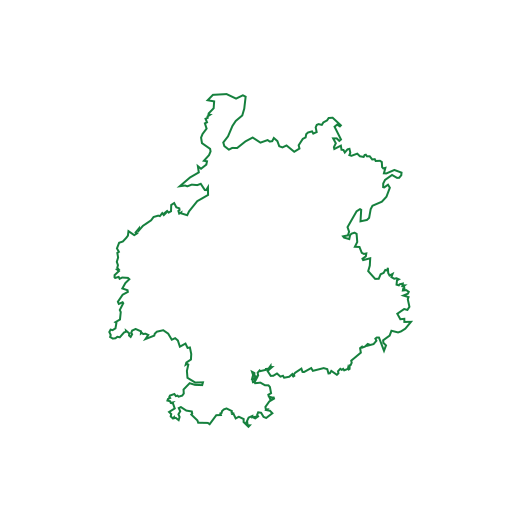 the district of Jessore, Khulna, Bangladesh, rotated 232°
{"feature_id": "16705992B28022870637862", "entity_name": "Jessore", "entity_type": "district", "adm_level": 2, "iso_a3": "BGD", "parent_name": "Bangladesh", "parent_adm1": "Khulna", "projection": "equal_earth", "projection_center": [89.196, 23.085], "detail": "fine", "context": "isolated", "style": "outline", "palette": "green", "viewbox_px": 512, "rotation_deg": 232, "n_neighbors": 0, "source": "geoboundaries", "source_scale": "gbopen_adm2", "svg_char_len": 6127}
<svg xmlns="http://www.w3.org/2000/svg" viewBox="0 0 512 512"><g transform="rotate(232 256 256)"><path d="M279.1,92.3L277.7,94.6L277.7,97.0L275.8,98.6L277.0,105.0L276.3,107.0L277.3,107.6L273.0,108.5L271.5,107.0L269.4,107.4L270.6,110.2L272.3,110.4L273.5,112.5L272.6,116.2L267.4,119.0L265.8,117.6L265.8,118.7L263.9,119.1L262.9,121.0L260.1,122.5L258.6,117.8L255.9,126.8L257.1,128.4L257.4,131.3L254.6,137.2L248.9,139.0L241.9,138.1L241.0,141.7L237.5,142.4L231.4,140.2L230.4,146.5L225.7,145.5L224.6,147.6L218.6,144.6L214.5,141.0L214.9,135.5L213.6,133.7L213.4,135.3L212.1,135.8L208.0,130.8L202.2,127.0L193.7,130.2L189.1,136.4L187.4,134.1L192.0,128.6L196.6,125.4L195.4,116.7L192.1,114.4L191.4,111.9L192.8,108.4L194.3,108.2L194.9,106.6L197.5,106.7L199.0,102.3L198.3,100.9L197.0,100.9L197.5,98.6L196.6,97.2L194.4,98.9L192.8,98.4L191.9,100.1L191.8,99.1L190.9,99.8L185.9,98.1L186.6,91.5L183.6,91.9L182.1,90.0L179.2,90.5L179.4,92.1L178.6,91.6L177.9,93.1L174.3,94.0L176.2,96.7L179.0,97.4L180.3,100.7L183.7,101.5L183.2,103.8L177.1,105.9L173.0,109.7L171.1,108.7L170.9,107.4L162.5,108.6L160.2,107.8L154.1,115.3L152.0,115.9L155.0,126.7L152.3,130.4L153.9,131.0L153.5,132.2L154.7,133.8L154.9,136.3L154.0,138.9L148.7,141.5L147.5,140.3L146.2,141.1L145.9,140.2L145.1,141.0L140.5,140.0L139.9,143.5L135.1,145.9L132.8,144.0L126.1,144.9L126.4,146.8L127.7,145.2L130.2,146.6L129.6,147.2L130.9,146.2L133.2,150.7L132.2,154.6L131.2,153.7L129.8,156.3L129.3,155.0L128.5,155.4L128.3,158.9L130.1,159.1L131.5,161.5L129.3,163.5L124.6,162.9L122.1,164.3L122.0,172.1L125.5,171.7L128.2,169.3L128.3,170.3L129.0,169.3L131.3,170.5L133.2,176.9L132.5,182.4L133.6,182.8L135.1,180.7L135.2,179.6L133.3,178.7L136.0,179.5L135.8,180.7L137.4,179.6L139.1,180.3L138.6,183.4L144.2,186.3L146.4,186.2L148.6,183.5L153.5,181.5L156.3,177.0L157.4,177.1L159.4,181.6L159.9,180.9L157.9,177.2L158.4,175.9L160.8,177.0L160.2,181.0L161.7,177.4L164.1,180.5L167.2,181.6L164.8,182.7L162.4,180.9L160.2,182.7L160.5,184.1L163.0,185.4L163.6,188.4L162.7,188.4L160.3,193.5L160.9,194.2L159.5,196.5L160.5,199.9L159.5,199.2L158.6,200.3L158.3,194.3L152.5,193.8L151.0,195.8L150.5,200.2L145.9,201.0L145.0,203.5L142.8,203.2L140.4,207.8L140.6,211.8L138.0,211.0L139.0,211.5L138.1,211.3L138.0,212.4L139.4,212.8L139.9,215.0L139.3,222.4L136.0,221.3L135.0,222.4L133.7,230.5L130.5,230.1L126.0,240.3L123.0,242.5L118.8,240.8L118.1,242.0L119.1,244.6L112.6,246.6L112.8,248.7L114.7,249.7L115.2,253.0L113.5,253.5L113.4,255.2L111.6,255.1L110.5,258.9L111.3,259.9L109.5,259.3L109.4,260.2L112.2,262.5L111.8,263.5L113.0,265.7L114.9,266.6L115.3,279.1L119.3,281.3L119.3,283.6L118.4,283.3L117.5,286.2L117.9,289.9L116.7,290.6L116.3,289.5L114.2,294.4L115.1,298.7L117.4,299.2L117.4,301.0L116.0,302.7L102.5,298.5L105.5,303.4L109.2,302.9L111.3,304.3L111.0,312.3L113.7,316.7L108.3,320.9L107.3,323.8L106.8,328.9L108.7,337.6L112.7,332.3L115.2,334.2L117.3,330.8L123.5,331.8L123.0,340.1L120.3,342.1L121.5,345.6L128.5,349.0L129.7,350.9L134.1,347.8L132.8,352.5L133.7,354.3L136.6,353.4L138.4,350.5L139.4,351.7L138.5,352.6L140.6,353.8L141.5,353.1L141.4,355.0L142.7,353.4L143.9,354.7L145.3,351.7L144.9,350.5L146.9,349.1L150.0,352.1L149.7,354.2L152.0,353.0L153.0,350.9L156.0,349.7L157.8,352.6L158.4,349.2L161.2,349.7L165.5,352.6L163.8,350.4L165.4,349.3L164.1,346.1L164.9,343.0L162.5,338.7L164.6,335.8L175.0,335.1L178.3,339.7L183.9,344.6L186.8,337.9L188.3,338.2L188.1,342.3L190.1,344.5L191.2,342.3L193.4,341.3L199.4,343.1L202.4,339.6L204.7,344.4L211.5,348.9L213.7,348.0L214.8,345.0L214.5,343.0L211.9,339.9L216.3,336.7L217.9,336.7L215.7,341.1L217.8,344.3L222.4,345.9L229.3,362.8L228.9,366.8L227.6,367.3L219.0,359.7L216.1,365.6L216.4,368.6L222.3,375.2L223.9,378.7L221.3,388.6L222.4,395.3L227.4,403.5L230.9,403.9L231.1,399.2L232.0,398.6L234.8,400.9L236.5,404.5L236.1,413.1L230.8,415.2L229.5,416.9L230.2,420.2L232.1,422.0L238.6,418.0L240.8,409.6L242.4,407.7L245.8,412.2L246.6,410.2L248.4,410.1L252.6,413.0L254.7,412.3L257.2,408.8L259.2,409.2L260.5,407.0L264.6,407.0L266.2,404.8L268.2,404.9L268.7,403.8L267.8,401.8L270.6,399.3L274.3,398.8L276.2,392.9L278.0,391.7L279.3,393.9L282.9,395.6L283.7,393.8L282.9,389.7L285.7,390.2L287.1,388.8L290.7,390.8L292.1,383.6L293.8,384.4L295.7,388.3L301.2,389.2L299.0,392.0L295.4,392.5L295.5,394.7L309.5,397.5L309.6,400.8L306.5,401.9L306.7,403.3L317.8,401.5L320.0,398.2L319.1,395.5L319.8,391.3L318.8,388.6L321.4,386.5L321.9,384.6L320.6,382.2L316.3,380.1L317.2,376.5L319.7,376.9L321.3,373.0L321.1,370.6L318.9,368.1L319.5,365.0L317.0,357.8L313.9,356.4L314.6,350.3L324.3,348.1L325.3,343.7L328.2,341.9L333.4,343.6L338.0,342.7L336.5,339.5L337.7,337.3L340.2,336.5L342.6,329.3L351.4,326.3L352.8,318.3L352.7,307.6L355.8,303.8L356.5,300.1L362.1,298.7L365.6,300.1L367.5,307.6L373.0,317.5L374.9,323.2L375.2,331.7L379.3,337.4L387.9,345.9L390.7,344.6L392.3,337.2L401.7,332.5L409.5,321.3L408.5,313.8L403.6,318.2L398.5,313.6L397.5,306.5L396.7,305.6L395.6,306.7L395.8,303.7L394.6,303.0L395.2,300.7L391.5,299.7L392.0,297.4L386.8,295.5L385.1,289.1L383.1,285.6L378.2,282.9L368.7,285.8L366.4,284.6L364.4,281.1L363.1,273.6L360.8,275.7L358.6,273.1L358.6,266.4L362.6,265.5L357.1,262.4L358.5,252.4L357.9,238.9L355.2,243.5L353.2,244.8L351.8,249.3L348.0,253.4L346.9,256.9L339.5,256.3L338.6,257.3L339.8,260.5L333.6,255.8L335.4,243.5L332.4,230.7L330.5,226.9L335.8,223.2L336.4,223.9L336.7,221.6L339.3,222.6L339.3,224.1L340.8,224.9L343.4,223.2L348.1,224.1L348.4,220.6L343.6,216.6L344.0,213.9L346.2,213.7L346.1,210.2L345.3,210.9L345.0,208.5L347.5,208.5L346.6,204.8L348.0,203.8L349.8,199.3L348.7,195.3L349.4,185.5L348.2,179.3L349.8,180.7L348.7,175.7L347.1,176.1L347.4,172.9L354.1,170.8L350.9,167.6L350.2,165.0L349.4,160.0L350.7,156.3L347.6,151.1L343.7,150.5L343.8,148.6L339.7,146.4L337.1,142.7L333.8,141.6L332.1,139.4L330.1,139.5L330.8,138.2L328.5,138.7L328.0,132.8L326.3,131.4L325.4,131.5L324.1,134.9L322.0,134.5L321.4,137.3L317.6,141.6L315.7,141.9L315.1,136.4L312.7,130.7L308.1,133.7L306.6,132.9L307.6,127.1L305.0,119.0L302.7,118.4L301.7,122.4L300.5,122.3L297.3,115.4L295.1,114.9L289.7,109.7L290.4,104.4L289.2,104.8L285.5,100.7L285.9,97.3L287.5,96.1L286.4,93.6L283.2,92.9L282.0,91.2L279.1,92.3Z" fill="none" stroke="#15803d" stroke-width="2"/></g></svg>